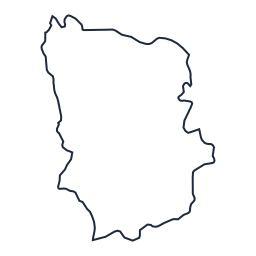 SVG path tracing the border of Lääne-Viru
{"feature_id": "EST-1658", "entity_name": "Lääne-Viru", "entity_type": "County", "adm_level": 1, "iso_a3": "EST", "parent_name": "Estonia", "parent_adm1": "", "projection": "orthographic", "projection_center": [26.348, 59.26], "detail": "fine", "context": "isolated", "style": "outline", "palette": "slate", "viewbox_px": 256, "rotation_deg": 0, "n_neighbors": 0, "source": "natural_earth", "source_scale": "10m", "svg_char_len": 2168}
<svg xmlns="http://www.w3.org/2000/svg" viewBox="0 0 256 256"><path d="M45.2,32.6L46.4,32.4L49.0,29.7L51.3,25.3L50.1,23.2L52.4,16.2L55.6,18.4L59.0,24.0L61.6,27.2L64.8,26.5L65.1,24.5L64.4,21.9L64.7,19.2L66.6,16.3L68.4,15.4L70.4,15.9L75.7,18.7L81.4,24.5L82.0,25.7L82.3,27.4L82.5,29.6L83.9,30.1L112.7,29.6L115.6,30.6L121.8,34.7L131.2,36.9L139.7,42.1L145.9,43.9L149.2,44.0L151.8,43.0L156.9,38.8L159.1,37.8L165.4,38.4L171.3,40.2L177.0,43.3L182.7,48.0L189.1,54.9L188.8,55.5L187.4,59.5L186.8,61.7L186.9,63.0L187.4,64.8L189.9,70.7L190.6,73.9L190.5,77.4L191.3,84.3L190.2,86.1L187.9,83.5L186.7,82.8L185.8,82.9L184.6,83.5L183.7,84.8L183.0,86.0L183.8,92.1L181.4,94.8L178.7,96.7L178.3,97.7L178.5,98.5L179.7,100.2L181.0,100.7L182.6,100.8L183.9,100.5L190.3,101.5L191.6,102.1L192.2,103.6L190.7,107.5L184.4,120.6L183.5,127.6L185.5,131.0L187.6,132.5L188.6,132.8L199.2,129.2L200.9,137.2L201.9,139.9L204.7,142.9L206.9,143.8L211.5,144.2L213.1,145.6L214.0,147.3L212.7,156.0L213.9,158.1L214.2,159.1L214.5,160.8L213.9,162.2L212.6,163.0L204.4,164.3L194.1,170.7L193.0,172.3L192.7,176.9L192.8,193.8L194.6,198.0L194.6,199.9L193.5,201.5L191.3,203.9L190.4,206.4L190.1,208.5L190.0,210.6L189.5,211.9L188.4,213.0L183.6,214.9L178.1,219.3L174.1,219.1L172.5,219.4L164.3,222.9L158.2,226.2L155.7,226.8L152.5,226.3L150.8,224.9L147.4,224.6L139.9,230.2L139.9,235.0L139.7,236.3L139.2,237.8L132.7,240.6L124.4,237.5L120.2,231.5L117.8,230.7L114.7,231.5L105.5,236.8L92.8,240.1L93.3,236.7L94.2,232.7L94.6,230.2L94.8,227.9L94.5,225.1L94.0,221.7L92.0,216.0L90.0,211.8L87.0,208.8L82.6,202.0L79.4,200.8L75.5,192.6L73.5,191.4L70.1,190.9L66.2,188.9L64.1,188.5L59.9,188.9L58.5,188.4L58.1,186.6L59.6,180.9L59.9,175.3L65.0,169.5L66.9,165.2L71.1,159.2L72.3,152.4L66.8,150.3L62.8,147.2L62.2,144.9L63.3,141.6L61.5,138.1L59.1,133.2L58.0,132.4L57.3,131.5L56.9,130.6L57.0,128.7L58.1,126.3L58.9,124.0L58.2,122.9L61.0,120.4L61.2,117.7L61.1,116.0L58.1,100.9L57.1,97.5L55.5,94.1L54.6,91.5L54.1,88.6L53.9,86.0L53.4,82.3L53.6,80.2L53.3,78.0L52.8,76.2L48.4,72.7L47.1,70.4L46.7,68.8L45.7,56.6L43.8,53.8L43.2,52.6L41.8,49.1L41.5,47.5L41.8,45.7L44.5,42.2L45.2,40.8L45.3,33.7L45.2,32.6Z" fill="none" stroke="#1e293b" stroke-width="2"/></svg>